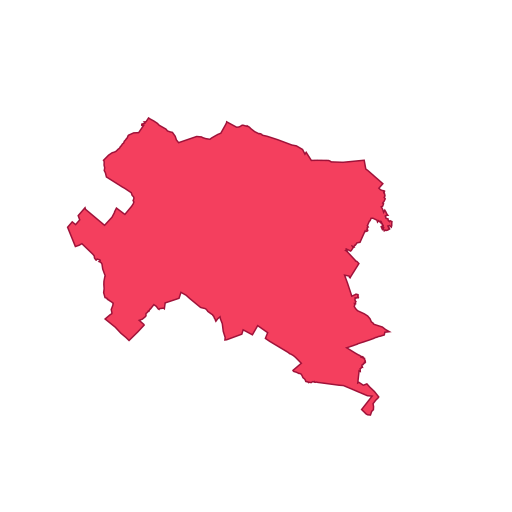 San José del Rincón, México, Mexico (Robinson projection), rotated 121°
{"feature_id": "50627088B61980296912974", "entity_name": "San José del Rincón", "entity_type": "district", "adm_level": 2, "iso_a3": "MEX", "parent_name": "Mexico", "parent_adm1": "México", "projection": "robinson", "projection_center": [-100.117, 19.636], "detail": "fine", "context": "isolated", "style": "filled", "palette": "rose", "viewbox_px": 512, "rotation_deg": 121, "n_neighbors": 0, "source": "geoboundaries", "source_scale": "gbopen_adm2", "svg_char_len": 6130}
<svg xmlns="http://www.w3.org/2000/svg" viewBox="0 0 512 512"><g transform="rotate(121 256 256)"><path d="M252.2,102.7L252.3,107.2L251.8,111.1L253.7,119.2L253.8,120.2L253.3,120.7L253.0,123.3L251.1,125.9L249.9,129.4L249.8,133.5L250.6,140.8L249.9,143.3L248.8,145.7L247.1,146.2L246.2,147.0L246.1,146.2L245.7,146.0L245.5,146.4L245.0,146.7L243.7,146.9L243.8,147.3L243.2,147.7L243.2,148.1L241.9,149.0L241.4,148.9L240.9,149.3L240.8,148.8L240.5,148.9L239.1,146.8L238.5,147.0L238.2,148.0L236.8,148.3L236.6,148.7L237.2,150.7L237.8,150.9L241.1,153.2L232.3,163.4L226.8,170.2L225.3,166.1L225.3,165.7L226.3,164.7L226.1,164.0L225.6,164.2L209.5,163.9L208.7,166.7L209.0,168.1L208.7,168.3L205.4,179.8L205.1,181.6L204.9,181.3L204.5,181.5L204.4,181.1L203.7,182.4L203.2,182.9L203.6,181.9L203.2,180.5L203.1,177.5L202.3,177.2L198.5,177.0L198.3,176.8L198.3,178.2L198.0,178.6L197.8,177.4L197.4,176.9L196.2,176.7L195.9,176.9L195.5,176.4L192.7,176.2L190.7,173.9L178.5,175.4L178.3,175.4L178.6,174.7L177.7,173.8L177.1,173.8L177.2,173.5L176.7,173.3L176.3,173.6L176.5,174.1L175.7,174.5L175.8,174.7L174.4,174.9L174.4,175.2L173.9,175.3L173.3,174.8L173.2,175.0L173.5,175.2L172.8,175.8L172.9,176.1L173.2,176.1L167.7,176.8L167.0,176.4L164.4,176.8L163.4,175.2L163.0,170.8L164.3,169.3L162.6,169.1L163.1,166.8L162.0,166.8L162.3,166.1L162.9,166.2L163.3,165.6L162.9,165.4L163.3,164.4L164.4,163.8L164.1,162.8L164.3,162.6L164.6,162.6L164.7,163.2L165.2,162.6L165.8,163.1L166.0,162.6L166.3,162.8L166.6,163.5L167.9,161.7L165.1,161.4L167.2,161.0L167.5,160.8L167.1,160.7L167.9,159.8L168.0,159.0L168.2,158.9L167.1,158.3L167.1,157.6L166.0,156.5L164.2,155.5L164.1,156.0L163.8,156.6L163.4,156.2L162.4,158.4L161.1,157.3L161.5,154.9L159.6,155.5L158.6,156.2L156.5,157.2L156.7,159.1L157.5,159.4L157.4,160.3L157.6,160.1L157.5,160.8L157.1,161.3L156.2,161.9L156.6,163.5L155.9,163.7L156.6,163.7L156.5,164.5L155.5,165.0L155.2,165.8L154.8,165.8L154.6,165.5L153.8,165.0L153.2,164.0L152.5,165.7L151.5,167.1L150.4,169.2L152.8,169.1L151.2,170.9L149.9,172.9L149.6,173.7L149.3,174.0L148.1,173.1L145.5,173.6L145.4,174.7L143.2,174.4L140.4,174.7L139.8,176.3L138.0,176.4L137.8,176.9L137.3,177.0L136.8,177.7L136.2,178.1L135.8,178.7L136.0,179.0L135.6,179.3L135.4,179.0L134.2,179.2L134.2,179.9L134.9,181.8L135.1,183.5L134.6,185.6L128.7,184.5L125.1,204.4L124.9,206.7L118.2,212.6L130.9,229.7L136.6,240.0L136.5,241.6L136.8,243.1L142.5,252.9L145.6,257.8L141.3,266.4L143.5,266.5L140.7,271.0L140.8,278.1L142.4,282.4L145.1,297.1L147.1,305.8L147.7,308.3L149.2,312.8L148.8,313.7L148.9,314.9L149.2,316.0L149.7,316.3L150.1,321.2L149.5,326.1L149.0,327.9L149.0,330.6L149.5,330.5L150.5,334.3L151.1,335.3L153.3,336.4L154.4,337.3L155.6,338.9L156.1,350.2L156.7,349.9L159.1,349.7L168.9,349.4L171.4,351.3L174.2,352.9L177.8,354.9L179.7,355.6L181.3,359.6L182.0,362.7L182.0,364.0L184.1,368.4L198.7,380.7L197.5,384.0L195.0,386.9L193.1,391.3L193.8,393.4L194.4,396.3L193.6,398.6L193.8,406.3L193.1,408.8L192.9,413.2L193.1,417.4L193.0,419.2L197.5,419.4L198.6,420.8L198.8,420.0L199.3,419.6L201.8,421.8L202.8,421.2L201.9,419.6L210.7,420.1L213.5,424.3L218.1,427.5L218.8,427.6L221.0,427.2L222.1,427.5L223.8,427.6L225.5,428.0L227.3,427.6L228.8,428.2L230.9,428.2L232.0,428.6L233.5,428.5L234.4,428.7L235.5,429.2L238.1,429.8L239.9,430.9L241.6,432.5L245.5,434.3L252.5,436.0L252.7,435.4L253.7,434.5L256.4,433.0L258.3,431.1L260.9,430.1L262.2,428.0L265.3,424.9L265.7,406.2L265.6,403.4L266.0,395.5L267.8,393.4L268.3,391.5L269.1,390.5L271.3,389.8L271.6,390.0L272.4,389.0L272.6,388.5L274.5,388.1L277.4,388.2L287.9,389.8L286.8,400.3L290.9,400.0L291.6,399.7L296.9,399.4L307.7,401.6L303.8,426.2L302.7,427.4L313.0,429.2L315.8,425.7L322.0,426.8L321.4,431.1L328.4,432.3L340.9,415.7L337.8,413.1L335.1,411.6L338.5,396.8L339.2,394.8L340.9,393.4L341.9,391.2L341.8,390.8L340.4,390.6L340.1,389.0L339.7,388.0L340.0,387.3L340.6,387.2L341.6,387.6L341.4,386.3L341.5,385.3L342.3,383.8L346.1,380.7L350.8,374.9L351.4,375.0L356.0,373.3L358.7,371.8L362.3,369.3L365.9,367.7L369.4,364.0L369.0,362.1L369.4,361.7L369.6,361.0L369.4,360.8L369.7,360.3L369.5,359.6L369.7,359.2L369.8,355.8L370.1,354.5L370.0,354.1L372.1,353.3L376.5,352.5L378.7,350.4L379.7,349.9L381.8,350.9L387.7,352.9L389.5,340.0L391.8,332.0L392.8,325.6L393.8,321.3L381.8,318.2L372.8,316.3L372.4,317.0L371.3,323.0L368.7,320.9L365.0,319.6L363.9,319.5L362.4,320.5L361.6,320.6L360.5,320.1L358.9,320.0L359.0,319.7L358.8,319.5L358.5,319.8L358.0,319.4L356.7,319.6L356.0,319.5L355.9,319.2L350.3,318.5L350.5,315.5L351.7,312.6L351.7,311.6L351.2,311.7L350.6,311.3L348.4,308.5L348.3,308.0L348.4,307.4L343.0,309.7L331.9,300.2L325.8,301.6L325.6,295.8L326.6,290.7L328.6,277.3L328.6,276.8L327.2,272.3L327.3,271.5L327.8,269.8L328.3,268.8L328.7,264.5L328.7,262.9L329.3,262.2L329.3,261.4L330.8,259.5L331.5,258.0L332.0,257.7L332.6,256.8L329.5,256.5L326.6,255.5L328.3,254.0L331.4,250.0L337.4,245.3L341.8,240.4L344.0,239.4L342.9,238.0L330.3,227.9L325.9,229.0L325.4,218.5L314.8,218.7L315.7,206.5L321.8,205.5L322.1,200.4L322.1,178.6L322.4,176.9L322.1,175.3L322.1,172.7L322.5,170.0L324.6,161.9L335.0,165.4L335.4,164.7L335.5,164.1L334.8,161.5L334.6,158.7L334.3,158.3L333.9,157.0L334.6,155.2L336.1,153.1L336.4,151.0L336.8,150.1L337.9,148.7L337.5,147.9L337.6,147.4L337.2,146.9L337.4,145.7L336.9,145.6L336.1,143.5L334.6,142.8L334.3,142.5L334.1,141.3L333.7,141.3L333.9,140.7L333.7,140.1L333.1,139.6L332.3,137.3L332.1,137.0L324.0,118.3L322.0,114.3L318.4,88.6L316.3,84.3L333.2,86.4L334.7,80.2L334.6,78.5L333.4,76.0L329.6,76.8L327.3,76.2L324.6,77.6L322.3,79.6L317.9,79.1L315.0,78.3L313.6,78.2L311.2,84.6L309.8,90.9L308.5,95.1L311.5,97.4L311.3,102.8L312.4,103.4L301.3,108.5L301.2,107.2L299.0,108.7L298.3,108.2L297.1,108.3L296.6,107.4L295.4,108.8L294.9,108.9L294.3,108.9L293.9,108.3L293.0,108.4L292.7,108.1L292.0,108.2L291.8,107.9L291.3,108.3L290.8,108.2L291.2,107.6L290.7,107.5L289.3,108.7L288.4,110.3L287.9,110.3L288.7,114.8L287.9,111.5L287.5,111.8L287.5,113.0L288.0,114.4L287.8,116.2L288.0,116.4L288.1,120.7L288.0,131.0L279.3,123.7L279.0,123.7L269.9,115.8L266.2,112.8L264.1,111.4L263.6,110.7L261.9,109.5L260.3,107.7L259.1,106.9L259.1,106.7L257.6,105.4L255.0,106.3L252.2,102.7Z" fill="#f43f5e" stroke="#9f1239" stroke-width="1.5"/></g></svg>